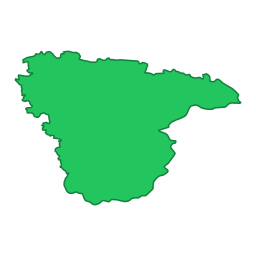 map outline of Voronezh (Robinson projection)
{"feature_id": "RUS-2377", "entity_name": "Voronezh", "entity_type": "Region", "adm_level": 1, "iso_a3": "RUS", "parent_name": "Russia", "parent_adm1": "", "projection": "robinson", "projection_center": [39.798, 50.823], "detail": "fine", "context": "isolated", "style": "filled", "palette": "green", "viewbox_px": 256, "rotation_deg": 0, "n_neighbors": 0, "source": "natural_earth", "source_scale": "10m", "svg_char_len": 5609}
<svg xmlns="http://www.w3.org/2000/svg" viewBox="0 0 256 256"><path d="M71.1,193.4L69.3,193.1L67.9,192.3L66.8,191.1L64.1,185.3L64.2,182.1L64.4,181.3L65.2,180.6L65.2,180.4L65.0,179.9L65.4,178.7L66.0,177.7L66.9,176.9L68.1,174.5L68.5,173.2L68.1,173.2L67.1,173.7L66.7,173.6L66.0,172.1L65.8,171.0L64.5,170.5L62.8,169.1L61.8,167.7L60.5,167.2L60.2,167.0L60.2,166.7L60.4,166.3L61.2,165.9L61.5,165.3L61.3,164.0L60.5,161.7L60.7,160.4L60.6,160.1L60.3,159.8L59.0,159.9L58.4,159.4L58.2,158.2L58.5,157.8L59.6,156.6L59.6,156.0L57.7,154.6L56.4,152.2L55.1,151.0L55.5,149.0L55.7,148.7L57.4,147.6L59.8,147.1L60.3,146.6L59.3,144.3L59.3,143.9L59.8,142.8L59.7,142.5L58.8,141.1L59.1,140.8L60.2,141.1L60.7,141.0L61.3,140.4L60.3,139.4L59.1,138.9L56.5,138.4L54.1,138.3L53.8,138.1L53.7,137.9L54.1,136.1L54.0,135.8L53.8,135.7L51.8,135.2L50.7,135.9L50.3,136.0L49.9,135.8L49.2,135.0L47.0,134.4L46.6,133.8L45.8,133.1L45.5,132.6L45.5,132.1L46.0,131.7L46.1,131.3L46.1,130.7L45.9,130.1L45.6,129.9L43.7,130.2L43.0,130.1L42.6,129.7L42.5,128.1L43.4,127.5L43.6,126.8L43.4,126.5L42.3,125.7L42.0,125.3L43.5,125.1L43.5,124.5L43.1,123.8L43.1,123.2L46.4,122.4L46.9,122.6L47.2,123.0L47.6,123.3L49.3,123.3L49.7,123.1L49.7,122.5L49.5,120.3L49.1,119.0L48.9,116.3L48.5,115.0L48.0,114.7L46.5,114.4L44.5,113.1L43.3,112.8L42.2,113.5L40.5,113.9L40.0,115.3L39.3,116.3L38.4,117.1L37.7,117.3L35.9,117.0L34.5,116.5L33.1,113.8L32.5,113.3L30.2,112.7L28.4,113.0L27.5,112.9L27.2,112.6L27.1,110.7L26.9,110.1L25.9,109.3L25.8,109.0L25.9,108.5L26.5,108.1L27.2,107.8L30.2,107.7L31.0,107.5L31.9,106.9L32.2,105.9L31.1,105.1L30.1,103.8L29.9,103.2L29.6,101.8L28.4,100.8L27.6,100.6L25.3,101.3L24.4,101.3L22.8,100.7L22.4,100.2L22.3,99.8L23.3,98.7L24.0,96.5L25.2,95.6L25.2,95.0L24.9,95.0L22.6,95.6L22.1,95.3L21.9,94.9L22.3,93.8L21.5,90.6L21.5,90.2L22.0,89.5L22.1,88.9L22.0,88.4L21.4,87.6L21.7,85.8L21.7,85.5L20.3,85.0L19.3,84.3L17.6,82.2L15.4,80.2L15.4,79.7L15.8,78.8L18.5,79.7L19.1,79.5L18.9,77.8L18.4,77.0L18.3,76.4L18.6,75.2L18.9,75.0L24.8,76.1L28.1,76.2L29.0,76.0L30.4,74.8L32.6,73.6L32.4,73.1L31.6,72.9L29.9,72.9L29.0,72.7L28.4,72.2L27.1,70.9L27.0,70.6L27.1,70.4L29.0,68.6L28.9,67.6L28.2,65.7L28.4,64.6L28.2,62.3L27.8,61.9L26.0,61.8L25.0,62.0L24.3,62.5L23.3,62.7L23.0,59.9L27.1,57.6L33.9,56.2L34.6,55.9L35.0,55.6L35.4,54.3L36.1,53.8L36.7,53.9L37.6,54.4L38.3,54.3L39.5,53.9L40.2,53.3L40.6,52.2L41.4,51.6L41.9,51.8L42.7,53.4L43.1,53.9L43.8,54.3L44.9,54.5L45.7,53.1L46.9,52.1L48.3,51.7L50.0,51.9L50.4,52.1L52.8,54.0L53.9,55.7L55.8,57.5L56.6,58.0L57.7,58.3L59.6,57.7L60.6,57.2L60.8,56.7L60.6,55.2L61.2,54.0L62.2,53.5L63.7,54.2L64.0,53.8L64.1,53.1L64.1,52.6L63.6,52.0L64.6,51.7L68.5,51.3L69.3,51.4L70.9,52.1L72.9,52.5L76.2,52.5L77.1,52.7L77.5,53.1L78.9,54.0L79.1,54.2L79.4,55.0L80.3,56.2L80.2,56.8L79.3,58.5L79.4,59.2L84.1,60.6L87.3,61.1L90.8,62.1L95.3,62.3L95.7,62.2L97.2,60.8L97.5,60.4L97.4,59.6L97.5,59.4L98.0,59.1L99.0,58.8L100.5,59.0L101.4,59.7L102.4,60.0L104.5,60.3L105.2,60.2L106.0,59.7L107.2,58.5L108.9,58.0L109.6,59.3L110.7,59.6L111.6,59.5L117.0,60.2L120.4,59.8L137.7,61.1L138.5,61.6L139.3,63.4L139.7,63.7L140.9,63.6L141.6,63.2L142.1,62.7L142.5,62.5L144.5,62.9L147.3,64.1L147.6,65.5L147.4,66.2L146.6,67.6L146.3,69.4L145.2,71.7L144.9,72.4L145.0,72.7L145.2,72.9L147.4,72.9L149.0,73.0L151.6,73.8L152.8,74.6L153.4,74.9L154.7,74.5L155.4,73.9L156.2,73.6L163.4,73.3L163.7,73.1L163.7,72.8L163.2,71.3L163.3,70.7L163.9,70.0L164.3,69.8L164.9,69.9L168.3,71.3L169.8,71.6L170.8,71.7L171.7,71.3L172.6,69.9L173.4,69.4L174.2,69.6L174.9,70.1L176.1,71.3L178.5,71.8L180.1,72.8L180.7,73.0L183.7,73.3L185.0,74.5L185.9,74.9L187.4,74.9L189.0,74.5L189.4,74.5L189.8,74.7L190.2,75.2L190.4,75.5L190.2,76.1L190.5,76.5L193.1,77.6L195.2,78.1L199.6,77.4L200.3,77.6L201.9,78.9L203.0,78.8L203.3,78.4L203.4,77.6L203.1,75.9L203.0,74.6L204.4,74.6L205.5,73.9L206.5,73.9L207.9,74.7L209.1,75.8L209.8,77.1L209.8,77.7L209.7,78.5L210.2,80.2L210.0,80.9L210.4,81.4L213.3,81.8L215.0,81.0L216.2,79.7L216.9,79.3L218.0,79.3L219.0,79.8L220.6,81.0L222.5,82.9L232.3,88.6L235.5,91.4L238.4,94.5L238.5,94.8L238.6,95.2L238.4,95.8L237.5,96.9L237.7,98.3L238.3,99.9L239.0,101.2L240.6,102.3L240.6,102.8L239.1,103.4L237.8,103.1L234.3,103.1L232.5,102.9L231.7,102.9L229.5,103.5L229.0,103.7L226.1,106.4L225.0,107.1L215.3,107.8L213.0,108.9L211.3,109.3L210.0,109.3L204.7,108.8L201.1,107.7L199.0,106.2L196.7,105.1L195.3,105.0L191.0,106.0L189.4,108.0L188.5,109.8L187.1,113.2L185.5,115.7L184.9,116.1L180.7,118.3L176.2,119.9L171.7,122.1L169.2,124.4L168.5,125.7L168.8,126.7L168.6,127.0L168.2,127.3L158.6,130.3L158.6,130.7L159.9,131.4L165.6,133.6L166.4,134.1L167.6,135.3L169.8,139.5L170.2,139.9L171.2,140.3L173.7,140.7L175.2,140.8L175.6,140.8L175.8,141.1L175.7,142.3L175.5,142.8L175.0,143.1L173.0,143.6L172.4,143.9L171.4,145.1L170.9,146.0L170.7,146.9L171.0,148.1L173.9,151.5L175.1,153.4L174.0,155.5L168.2,163.3L164.7,166.1L164.3,167.0L164.6,167.7L166.7,169.2L167.5,169.9L168.0,170.9L167.7,171.8L167.3,172.3L165.2,173.9L163.7,174.8L163.0,175.1L159.2,176.0L156.9,177.8L156.3,178.5L154.5,180.6L153.7,181.9L153.1,184.8L153.0,186.4L153.1,187.7L152.8,188.9L152.5,189.3L146.4,195.1L145.6,195.6L144.8,195.7L142.9,195.6L141.8,195.8L140.9,196.2L139.1,197.5L137.8,198.0L136.0,197.8L132.6,198.2L131.5,198.6L130.9,199.4L129.8,200.2L128.3,201.0L126.8,201.4L124.8,201.5L123.0,201.3L117.0,199.8L112.8,199.5L111.4,199.6L111.1,199.8L110.0,201.0L108.9,201.8L104.1,200.6L103.2,200.6L102.0,201.0L99.2,203.4L96.5,204.4L95.1,204.7L93.8,204.6L92.8,204.2L90.3,202.3L88.4,201.5L86.7,201.1L85.2,200.3L84.0,198.2L83.2,195.6L82.7,194.2L82.1,193.6L79.3,193.3L78.4,193.0L76.6,192.0L74.8,192.3L73.0,193.1L71.1,193.4Z" fill="#22c55e" stroke="#15803d" stroke-width="1.5"/></svg>